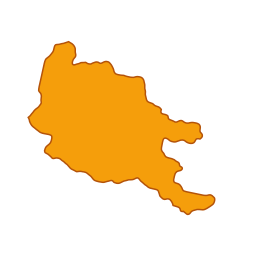 the district of Moca, Espaillat, Dominican Republic, rotated 102°
{"feature_id": "3306468B60047889099268", "entity_name": "Moca", "entity_type": "district", "adm_level": 2, "iso_a3": "DOM", "parent_name": "Dominican Republic", "parent_adm1": "Espaillat", "projection": "mercator", "projection_center": [-70.493, 19.469], "detail": "fine", "context": "isolated", "style": "filled", "palette": "amber", "viewbox_px": 256, "rotation_deg": 102, "n_neighbors": 0, "source": "geoboundaries", "source_scale": "gbopen_adm2", "svg_char_len": 5821}
<svg xmlns="http://www.w3.org/2000/svg" viewBox="0 0 256 256"><g transform="rotate(102 128 128)"><path d="M167.6,204.9L168.7,204.4L169.0,204.2L169.3,203.9L169.6,203.1L170.1,201.3L170.4,200.5L172.1,197.5L173.0,196.3L173.3,195.7L173.4,195.3L173.3,194.4L173.0,193.7L172.3,192.2L172.1,191.2L172.0,189.7L172.1,188.8L172.2,188.3L172.6,187.4L173.5,185.8L174.2,184.0L175.6,181.7L176.4,179.9L177.0,179.1L179.2,176.2L179.7,175.3L179.9,174.9L180.6,172.0L181.2,170.0L181.4,169.2L181.2,168.5L180.5,166.5L180.2,165.0L180.2,163.5L180.1,161.9L180.2,160.4L180.4,159.4L180.8,158.5L181.9,156.4L182.7,154.7L183.2,153.9L185.2,151.5L185.8,150.6L186.0,150.2L186.3,149.2L186.5,147.6L186.6,145.4L186.5,143.2L186.4,141.5L186.2,140.5L185.8,139.6L184.7,137.5L183.9,135.8L183.1,134.3L182.8,133.5L182.8,133.1L182.8,132.2L183.0,131.9L183.8,130.8L184.0,130.5L184.2,129.7L184.3,128.7L184.4,127.8L184.3,126.8L184.1,125.8L183.9,125.3L183.4,124.4L181.2,121.6L180.6,120.7L179.8,118.9L178.5,116.5L178.3,115.5L177.8,113.6L177.5,112.7L177.0,111.8L175.3,109.5L174.9,108.7L174.9,108.2L174.9,107.8L175.1,107.3L175.5,106.6L177.1,104.7L177.6,103.8L178.5,102.1L179.9,99.7L180.6,97.9L181.5,96.3L181.8,95.5L182.1,94.4L182.2,93.4L182.3,88.0L182.4,87.0L182.7,86.1L182.9,85.7L183.6,85.1L186.1,83.6L187.3,83.0L188.0,82.5L188.5,81.8L189.6,80.0L190.0,79.2L190.2,78.3L190.2,77.3L189.9,76.5L189.2,75.0L189.0,74.1L189.0,73.2L189.2,72.2L189.5,71.8L190.1,71.0L190.8,70.2L191.6,69.5L192.8,68.6L194.4,67.8L194.8,63.1L195.2,61.5L195.7,60.7L196.4,60.2L197.8,59.5L198.3,58.9L198.4,58.5L198.4,57.7L198.3,57.0L198.0,56.5L199.9,52.8L200.1,52.1L200.1,51.7L200.0,51.3L199.6,50.5L199.1,50.0L198.3,49.5L197.2,49.0L196.1,48.2L195.5,47.5L195.0,46.7L193.5,43.8L193.2,42.9L192.9,41.3L192.5,38.1L192.2,37.0L191.7,36.0L190.4,34.3L188.0,31.8L186.0,29.9L184.7,28.9L183.7,28.5L182.1,28.2L180.5,28.2L179.5,28.4L179.0,28.6L178.6,28.8L178.0,29.5L176.7,31.7L176.4,32.6L176.3,33.5L176.5,34.5L176.8,35.3L177.4,36.5L177.7,37.4L177.9,38.5L178.1,40.1L178.2,57.4L178.1,59.0L178.0,60.0L177.7,60.9L177.4,61.3L176.8,61.9L175.3,62.9L174.2,63.9L173.1,65.1L172.6,65.9L172.4,66.4L172.1,67.4L171.8,70.4L171.4,71.3L171.2,71.7L170.8,72.0L169.9,72.4L169.0,72.6L167.9,72.6L165.8,72.6L164.2,72.5L163.1,72.4L162.1,72.1L161.2,71.6L160.8,71.4L160.2,70.7L159.7,70.0L158.7,67.9L157.9,67.0L157.2,66.6L156.8,66.5L156.3,66.5L155.9,66.6L155.6,66.8L155.3,67.1L155.1,67.4L154.7,68.8L154.3,69.4L153.7,69.8L152.0,70.6L151.7,70.9L151.2,71.6L150.4,74.2L149.4,76.2L149.2,77.2L148.9,78.8L148.8,82.1L148.7,83.1L148.5,84.2L148.4,84.7L147.9,85.5L147.0,86.5L145.4,87.7L144.1,89.4L143.1,90.3L142.4,90.7L141.9,90.9L140.8,91.1L139.7,91.2L134.6,91.3L132.5,91.2L131.5,91.0L131.1,90.8L130.7,90.5L130.4,90.1L130.1,89.3L130.1,88.8L130.2,87.9L130.4,87.0L131.4,85.0L131.8,84.1L132.1,82.5L132.1,81.4L132.1,80.3L131.9,79.2L131.5,78.2L128.9,73.9L128.4,72.1L128.4,71.1L128.5,70.2L129.6,67.8L130.0,66.2L130.1,65.1L130.1,64.0L129.9,62.9L129.6,61.9L129.1,61.1L128.8,60.7L128.1,60.2L127.2,59.8L125.2,59.2L124.5,58.8L124.3,58.4L124.0,57.6L123.8,56.7L123.8,55.3L122.4,54.2L121.6,53.8L120.6,53.6L119.7,53.8L119.3,53.9L118.6,54.4L118.0,55.0L117.1,56.3L116.4,56.8L115.5,57.1L112.5,57.4L111.5,57.7L111.1,57.9L110.3,58.5L109.7,59.2L109.5,59.6L109.2,60.6L109.0,61.7L109.0,63.3L109.1,65.5L109.3,66.6L109.6,67.6L110.7,70.1L110.9,71.1L111.0,72.1L110.9,73.0L110.7,74.0L110.0,75.6L109.7,76.4L109.6,77.3L109.7,77.8L109.8,78.2L110.2,79.1L111.6,81.0L112.1,81.8L112.3,82.6L112.3,83.4L111.7,85.5L111.1,89.0L110.7,89.9L110.5,90.3L110.2,90.5L108.1,91.4L107.8,91.7L107.6,92.1L107.4,92.5L107.1,93.9L107.0,96.9L106.8,97.8L106.6,98.3L106.3,98.6L106.0,98.9L105.6,99.1L104.7,99.3L102.9,99.3L101.7,100.9L101.3,101.7L101.0,102.7L100.6,105.8L100.3,106.7L100.1,107.1L99.3,108.4L99.0,109.2L98.6,112.2L98.4,113.3L98.0,114.2L97.8,114.6L97.1,115.3L96.4,115.8L96.0,116.0L92.2,117.8L91.3,118.1L88.9,118.5L88.0,118.8L85.9,119.8L85.0,120.0L82.6,120.5L81.7,120.8L77.9,122.6L76.9,123.5L76.3,124.2L75.9,125.1L75.7,125.7L75.6,126.7L75.6,127.8L75.7,129.0L75.9,130.0L76.3,131.0L77.3,133.0L77.6,134.6L77.8,136.2L77.8,139.0L77.7,141.2L77.4,143.0L77.8,146.0L77.9,148.6L77.8,150.1L77.6,151.1L77.4,151.6L76.9,152.3L76.2,153.0L75.5,153.5L73.8,154.3L73.0,154.8L71.4,156.0L69.8,157.4L68.8,158.6L68.2,159.4L67.7,160.2L67.4,161.2L67.4,161.7L67.4,162.7L67.6,163.7L67.8,164.2L68.3,165.1L70.1,167.4L70.4,168.2L70.5,168.6L70.5,169.0L69.9,170.8L69.9,171.2L69.9,172.2L70.0,172.6L70.3,173.5L71.8,176.0L73.0,177.5L73.3,178.4L73.4,179.4L73.4,180.4L73.2,181.4L72.6,183.0L73.2,185.1L73.8,187.5L75.2,189.4L76.2,191.5L77.3,193.3L77.5,194.1L77.5,194.6L77.3,195.0L77.1,195.4L76.7,195.7L76.3,195.9L75.9,196.0L75.0,196.1L73.6,196.0L72.6,195.8L71.7,195.5L70.1,194.7L69.3,194.3L68.9,194.2L67.9,194.2L67.0,194.4L65.4,195.1L64.6,195.4L62.2,195.9L61.2,196.2L60.3,196.7L59.5,197.3L58.4,198.4L57.8,199.3L57.3,200.2L57.1,200.6L56.5,202.5L55.9,204.0L58.6,208.6L59.3,210.4L60.5,212.8L61.3,215.4L61.7,216.1L62.5,216.6L63.4,216.8L64.3,216.9L67.8,217.0L68.7,217.2L69.6,217.5L73.4,219.4L74.3,220.0L77.1,222.3L78.0,222.8L78.5,222.9L80.1,223.2L82.3,223.3L95.9,223.4L106.1,223.5L108.3,223.4L109.8,223.2L110.6,222.7L110.9,222.4L111.9,221.1L112.5,220.5L113.2,220.0L114.1,219.6L115.1,219.3L118.8,218.9L120.9,218.2L121.7,218.1L122.1,218.2L122.8,218.4L125.7,219.7L126.6,220.3L128.9,222.3L129.8,222.9L130.6,223.4L132.4,224.2L134.4,225.3L136.1,226.1L136.9,226.6L138.4,227.8L139.5,226.9L140.3,226.4L141.1,226.0L142.1,225.6L143.6,224.5L144.4,223.8L145.5,222.7L146.1,221.8L146.6,221.0L147.4,219.3L148.5,217.3L149.3,215.5L150.1,213.9L150.5,213.0L150.7,212.0L150.9,210.4L150.9,208.8L150.8,204.5L150.9,203.0L151.1,202.0L151.3,201.6L151.6,201.2L151.9,200.9L152.8,200.6L153.8,200.4L155.9,200.4L157.0,200.5L158.1,200.7L159.1,201.1L159.5,201.3L160.4,201.9L162.4,203.5L163.7,204.3L165.1,204.7L167.6,204.9Z" fill="#f59e0b" stroke="#b45309" stroke-width="1.5"/></g></svg>